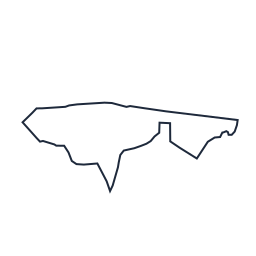 Mirabad, Tashkent, Uzbekistan (orthographic projection), rotated 301°
{"feature_id": "79887680B42032774497005", "entity_name": "Mirabad", "entity_type": "district", "adm_level": 2, "iso_a3": "UZB", "parent_name": "Uzbekistan", "parent_adm1": "Tashkent", "projection": "orthographic", "projection_center": [69.266, 41.239], "detail": "fine", "context": "isolated", "style": "outline", "palette": "slate", "viewbox_px": 256, "rotation_deg": 301, "n_neighbors": 0, "source": "geoboundaries", "source_scale": "gbopen_adm2", "svg_char_len": 791}
<svg xmlns="http://www.w3.org/2000/svg" viewBox="0 0 256 256"><g transform="rotate(301 128 128)"><path d="M175.6,220.4L179.9,221.3L186.5,219.9L191.3,217.9L161.9,152.1L153.2,131.4L147.9,118.5L145.3,115.8L141.1,101.3L137.6,94.8L122.1,72.3L117.0,65.9L113.9,63.4L100.6,44.2L97.7,39.5L91.9,38.2L78.6,34.7L72.3,55.0L71.0,59.6L73.1,61.8L76.0,73.4L75.9,75.6L79.9,82.4L76.4,89.6L70.8,96.8L70.5,102.4L73.9,109.0L81.8,120.0L71.3,137.2L64.7,145.1L70.8,144.5L89.2,139.6L93.7,137.8L100.9,135.3L106.5,136.0L113.9,143.8L119.2,148.2L124.0,151.9L128.5,154.2L134.4,155.1L140.0,157.2L148.8,152.3L153.8,161.6L138.3,171.1L137.7,182.2L137.3,202.7L157.3,203.5L164.5,207.2L167.7,211.6L172.7,211.2L173.3,212.0L175.9,213.9L175.9,215.8L174.0,217.7L175.6,220.4Z" fill="none" stroke="#1e293b" stroke-width="2"/></g></svg>